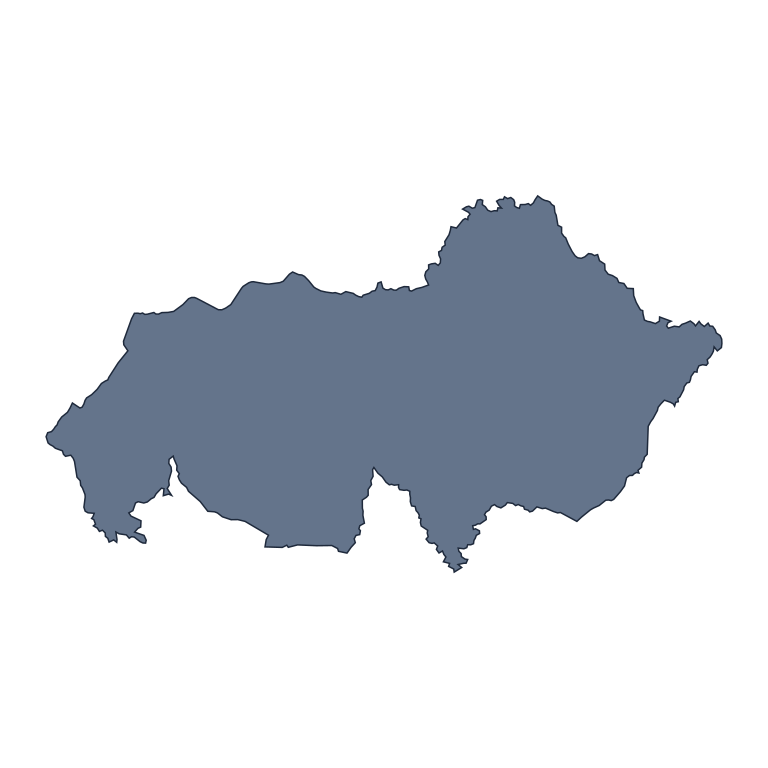 Tupanciretã, Rio Grande do Sul, Brazil (Robinson projection)
{"feature_id": "56859067B7192877015433", "entity_name": "Tupanciretã", "entity_type": "district", "adm_level": 2, "iso_a3": "BRA", "parent_name": "Brazil", "parent_adm1": "Rio Grande do Sul", "projection": "robinson", "projection_center": [-54.006, -29.009], "detail": "fine", "context": "isolated", "style": "filled", "palette": "slate", "viewbox_px": 768, "rotation_deg": 0, "n_neighbors": 0, "source": "geoboundaries", "source_scale": "gbopen_adm2", "svg_char_len": 6087}
<svg xmlns="http://www.w3.org/2000/svg" viewBox="0 0 768 768"><path d="M462.6,209.1L468.5,212.3L470.1,214.2L468.0,216.7L467.8,219.6L465.2,218.6L463.0,219.9L456.5,228.0L451.0,226.7L450.3,230.5L449.0,234.8L444.8,241.5L445.2,245.1L442.1,247.3L441.5,250.4L438.7,251.9L439.0,255.3L440.6,258.9L440.3,262.9L438.2,265.4L435.2,263.3L431.3,263.9L428.6,264.9L428.7,268.9L425.8,271.8L424.8,275.4L425.7,279.0L427.4,282.0L428.6,285.0L421.9,287.4L416.3,288.7L411.5,291.1L409.4,290.5L408.7,286.8L404.1,286.6L398.9,288.3L396.3,290.2L393.8,290.1L390.9,288.7L388.2,289.9L385.5,289.7L382.9,288.1L381.1,281.9L377.9,283.1L377.0,287.1L375.2,290.6L372.1,291.2L369.3,293.3L363.2,295.2L361.8,297.2L358.7,296.6L355.6,295.1L353.3,293.4L345.8,291.6L340.9,294.3L335.2,292.6L332.7,293.0L326.2,292.1L320.8,290.9L315.8,288.4L313.8,287.0L308.6,280.6L304.5,276.4L301.9,275.0L298.5,274.6L292.6,272.0L289.4,274.2L283.3,281.2L280.0,282.6L268.9,284.1L265.9,283.9L253.3,281.7L251.2,281.9L248.7,282.8L243.1,286.4L241.5,288.3L230.8,304.6L225.5,308.2L221.8,309.8L218.3,309.7L196.6,298.3L194.5,297.5L191.5,297.5L188.6,298.7L182.9,304.6L173.7,311.4L168.1,312.4L161.8,312.6L158.5,314.1L155.8,314.0L153.9,312.5L147.3,314.2L144.8,314.4L142.6,313.0L140.2,313.7L138.0,313.2L134.4,313.3L131.6,318.7L123.5,341.2L123.8,344.8L127.9,350.8L118.2,362.8L108.8,377.4L107.8,379.9L105.2,381.1L101.4,383.5L97.1,389.4L91.6,394.7L86.6,397.9L85.1,400.3L83.9,404.0L82.1,407.2L79.9,408.0L72.4,403.0L70.2,407.7L67.5,412.3L61.7,417.0L58.2,421.8L57.1,424.9L55.4,426.6L53.7,429.2L51.5,431.6L47.7,432.7L46.1,436.7L48.1,443.0L50.2,444.7L52.9,446.1L55.4,448.3L62.4,450.8L63.5,454.3L65.5,456.3L70.8,455.2L73.2,458.3L74.5,461.5L77.0,477.2L80.2,480.7L80.7,485.4L82.4,487.8L85.0,494.5L85.2,497.1L83.9,507.2L85.2,511.2L88.0,512.8L94.2,513.3L93.0,516.6L91.6,518.5L93.8,519.6L95.5,524.2L93.4,525.9L97.3,528.1L99.4,531.4L102.5,530.2L105.2,532.9L105.4,536.4L107.8,538.3L109.1,542.1L113.7,539.9L116.7,542.3L117.0,539.5L115.9,532.0L119.1,533.8L126.4,534.9L129.2,538.2L131.6,536.7L134.3,537.1L140.1,541.7L142.9,543.0L145.6,543.1L146.2,540.2L144.0,535.4L134.6,532.1L138.0,528.3L140.7,527.1L141.0,520.8L131.0,516.1L128.8,512.9L132.9,510.6L135.5,503.0L138.1,501.7L143.8,503.0L147.3,502.0L151.3,498.7L154.0,497.4L156.1,493.8L161.4,488.2L164.0,488.7L163.3,495.7L168.6,494.1L171.6,495.4L167.2,488.5L169.2,485.2L168.7,480.7L171.5,471.1L171.1,467.1L168.8,463.4L169.1,459.3L173.2,456.1L174.1,459.1L177.0,465.8L176.7,470.2L179.3,473.7L178.0,476.3L179.4,479.9L181.5,483.2L186.6,487.4L188.5,491.3L200.2,501.5L207.8,511.3L214.5,511.8L217.4,512.9L222.4,516.8L231.1,519.7L237.8,519.6L245.1,521.4L268.5,535.2L266.2,539.6L265.0,546.9L282.3,547.4L286.8,545.2L288.3,547.3L297.5,544.9L316.6,545.7L331.8,545.5L337.6,548.5L338.5,551.3L347.0,553.1L351.1,547.3L355.3,542.7L354.2,538.8L356.0,535.4L359.7,534.6L360.4,530.7L358.9,528.8L359.8,525.7L364.4,523.2L362.9,515.3L363.1,511.2L362.4,508.3L362.3,500.0L366.4,497.3L368.2,495.3L368.1,489.5L371.5,484.6L370.8,480.6L373.1,476.3L372.6,469.7L373.9,467.5L377.9,473.2L382.3,476.9L386.0,482.2L389.3,484.8L391.6,484.3L394.2,485.2L398.6,484.7L398.5,487.4L399.6,489.6L404.0,490.3L406.9,490.0L409.8,491.3L409.8,494.3L410.5,497.9L410.3,501.6L411.6,505.9L415.2,506.5L416.1,510.6L417.9,512.6L419.3,515.1L418.8,517.9L421.0,518.8L420.4,522.5L421.2,526.0L427.7,530.3L427.2,533.0L428.2,536.7L426.1,539.1L429.1,542.7L432.0,543.4L434.2,542.9L437.7,546.0L436.4,549.4L439.0,553.0L442.5,551.0L443.9,554.5L445.9,557.0L443.4,561.8L449.6,563.4L448.6,566.4L453.7,569.0L454.2,572.1L461.7,567.5L458.1,564.5L463.5,563.3L466.1,563.2L467.7,559.5L465.0,559.1L461.4,556.6L461.1,553.5L458.9,551.3L458.2,548.1L463.9,548.8L466.8,547.6L467.7,544.7L470.7,544.8L473.5,543.7L473.9,540.5L475.3,538.2L476.3,535.3L479.6,533.5L479.4,530.8L475.5,528.8L473.4,529.4L472.7,525.7L475.4,525.2L477.7,523.8L480.0,523.9L486.2,519.6L486.1,516.7L484.5,514.7L485.9,512.2L489.2,510.1L491.4,506.2L494.5,504.6L496.9,506.5L500.9,507.9L505.4,505.1L507.3,502.6L512.8,503.4L515.6,505.6L518.2,504.5L520.8,505.8L523.6,506.5L524.5,509.2L528.1,510.2L529.7,511.9L532.5,511.1L536.9,506.9L542.3,508.6L545.5,508.1L553.4,511.5L557.6,512.9L560.4,512.5L576.9,521.4L581.5,517.1L590.5,509.8L593.6,508.0L599.2,505.5L605.8,500.2L608.7,500.0L611.2,500.6L613.7,499.4L620.4,491.7L624.5,486.0L626.6,477.7L629.5,475.5L632.5,475.4L634.3,473.6L636.5,472.5L638.9,473.0L638.0,470.3L641.6,467.2L641.9,463.1L644.0,459.7L644.4,457.2L647.2,454.3L648.2,426.3L650.7,421.7L653.0,418.6L657.4,410.5L658.1,407.3L661.0,403.7L664.4,400.2L670.5,402.3L673.3,403.9L674.6,406.1L675.7,402.3L678.3,401.7L677.9,398.5L679.9,396.9L683.6,389.8L684.2,386.6L686.8,383.0L689.4,382.3L690.4,379.9L691.1,376.4L694.4,371.7L697.0,372.1L697.3,369.3L698.9,365.8L702.6,364.7L706.3,365.3L708.0,363.2L707.2,359.7L710.1,357.0L712.2,353.7L713.4,351.2L714.1,346.9L717.3,350.9L721.4,347.6L721.9,343.5L721.7,339.1L720.1,335.6L716.3,333.0L715.2,329.8L712.7,326.3L709.8,326.0L708.1,323.1L704.3,326.5L700.9,323.9L699.1,321.4L695.5,325.9L693.9,323.7L690.3,321.0L685.4,323.2L682.0,324.3L679.2,326.9L674.3,326.2L668.3,328.2L666.6,326.0L668.0,322.7L671.1,321.2L659.6,317.0L659.4,321.2L655.4,323.6L650.0,321.8L647.5,321.4L644.4,320.0L643.0,313.8L642.7,310.6L640.5,309.9L639.2,307.8L636.2,302.4L633.7,295.6L633.3,288.6L627.2,288.3L623.9,283.5L618.8,282.5L617.0,278.4L612.5,275.6L608.2,274.2L605.0,270.0L604.7,264.1L599.5,260.7L597.6,254.6L594.4,255.6L591.7,254.0L588.5,253.6L584.9,256.8L581.3,258.3L577.7,257.8L575.1,255.8L572.1,251.5L568.2,244.0L565.7,237.8L563.9,236.4L561.6,233.1L561.6,227.2L557.9,225.3L556.2,215.2L554.9,212.4L554.2,206.1L551.6,204.4L549.9,202.0L547.6,201.0L544.8,200.4L542.1,199.1L537.7,195.9L535.1,199.7L533.4,202.9L530.6,205.3L528.3,203.6L525.3,204.5L520.4,204.6L519.4,208.3L516.7,207.5L514.5,205.9L514.7,202.3L513.7,199.7L510.8,197.5L507.6,198.6L504.5,196.8L503.3,199.4L499.6,199.4L496.6,201.2L499.0,205.3L501.5,208.1L497.9,207.8L497.2,210.9L494.3,210.7L491.0,211.6L487.7,210.2L485.4,206.8L482.3,204.6L482.7,200.4L480.4,199.5L477.5,200.2L474.9,207.6L472.3,208.2L468.9,206.2L466.4,206.8L462.6,209.1Z" fill="#64748b" stroke="#1e293b" stroke-width="1.5"/></svg>